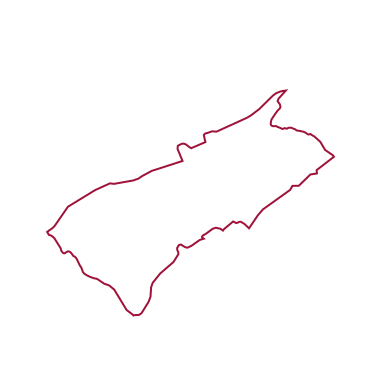 Mount Lebanon, Robinson projection, rotated 212°
{"feature_id": "LBN-3025", "entity_name": "Mount Lebanon", "entity_type": "Province", "adm_level": 1, "iso_a3": "LBN", "parent_name": "Lebanon", "parent_adm1": "", "projection": "robinson", "projection_center": [35.671, 33.864], "detail": "fine", "context": "isolated", "style": "outline", "palette": "rose", "viewbox_px": 384, "rotation_deg": 212, "n_neighbors": 0, "source": "natural_earth", "source_scale": "10m", "svg_char_len": 2216}
<svg xmlns="http://www.w3.org/2000/svg" viewBox="0 0 384 384"><g transform="rotate(212 192 192)"><path d="M145.3,175.7L148.3,175.9L152.9,174.3L155.0,171.7L158.0,164.1L159.7,160.9L159.8,159.3L159.3,158.8L157.3,158.6L160.1,155.3L163.9,146.2L166.3,142.4L168.4,141.6L173.7,141.5L175.0,140.0L174.9,136.5L173.4,134.7L171.7,133.6L170.6,132.1L170.6,122.8L175.8,106.0L177.2,94.1L176.2,89.6L171.7,81.2L170.6,75.7L170.6,62.6L171.7,59.8L176.2,56.6L176.3,56.3L176.7,56.5L185.0,57.3L206.2,68.0L212.1,68.8L213.2,68.8L217.8,67.7L225.7,68.0L227.2,67.8L229.4,66.9L233.5,66.0L237.7,65.6L240.1,65.7L241.9,66.2L245.9,69.3L248.4,70.4L254.7,74.4L256.6,75.0L258.9,74.9L260.9,75.8L263.2,76.5L264.1,76.5L265.0,76.3L265.7,75.9L266.3,75.2L267.1,73.3L267.9,72.2L268.7,72.0L269.6,72.1L271.2,72.7L271.8,73.0L273.6,74.7L284.3,79.9L286.5,80.3L288.6,80.4L290.6,79.8L293.7,81.4L291.1,87.7L290.5,90.5L289.4,113.8L275.1,142.4L266.1,155.9L262.4,157.6L247.9,170.7L244.4,175.1L244.1,176.0L242.7,179.1L237.3,188.6L216.5,213.3L227.1,220.9L228.5,223.7L226.4,227.2L225.7,227.9L224.8,228.5L223.8,228.9L222.9,229.0L222.0,229.1L218.3,228.7L215.9,228.7L207.1,241.4L212.1,246.5L212.1,247.3L211.9,248.4L209.3,251.3L207.6,253.6L206.4,254.5L203.2,256.2L184.7,284.1L182.6,288.2L178.9,298.0L174.5,316.5L173.6,318.9L172.8,320.6L170.4,323.9L169.0,325.4L166.2,327.7L168.1,316.9L167.8,315.8L167.5,314.4L166.3,313.8L164.7,313.3L163.7,312.7L162.2,311.2L161.8,310.0L161.9,308.9L162.5,306.5L162.8,303.3L163.0,295.6L162.0,292.6L160.7,290.7L159.3,290.5L158.2,290.7L157.2,291.3L156.4,292.0L155.7,292.4L154.9,292.5L154.1,292.5L151.2,293.1L149.7,293.2L149.0,293.3L148.4,293.7L148.0,294.1L147.7,294.7L147.3,295.2L146.7,295.5L145.3,295.8L144.9,296.3L144.3,297.4L143.8,297.9L142.3,298.9L141.6,299.2L140.2,299.3L138.1,299.8L136.3,299.7L135.5,299.8L134.3,300.3L133.7,300.6L130.0,302.0L127.7,302.5L124.5,302.3L123.7,302.5L123.2,302.9L122.8,303.4L122.3,304.0L121.1,303.8L117.5,303.9L109.7,302.5L101.4,298.2L91.9,297.8L90.3,297.1L97.9,276.6L95.9,273.9L100.9,269.6L104.7,253.9L110.1,250.4L109.9,245.8L122.6,214.9L123.8,207.3L124.4,191.4L130.5,192.7L134.8,192.6L135.9,191.9L137.1,190.1L138.0,189.1L141.5,188.8L145.2,177.4L145.3,175.7Z" fill="none" stroke="#9f1239" stroke-width="2"/></g></svg>